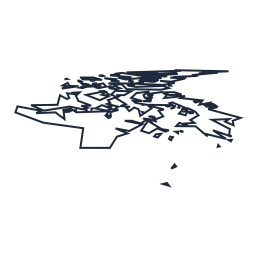 SVG path tracing the border of Nunavut
{"feature_id": "CAN-634", "entity_name": "Nunavut", "entity_type": "Territory", "adm_level": 1, "iso_a3": "CAN", "parent_name": "Canada", "parent_adm1": "", "projection": "equal_earth", "projection_center": [-85.605, 67.518], "detail": "fine", "context": "isolated", "style": "outline", "palette": "slate", "viewbox_px": 256, "rotation_deg": 0, "n_neighbors": 0, "source": "natural_earth", "source_scale": "10m", "svg_char_len": 5819}
<svg xmlns="http://www.w3.org/2000/svg" viewBox="0 0 256 256"><path d="M76.4,112.3L108.9,111.2L106.4,114.5L110.5,116.4L106.2,116.2L108.5,118.1L109.2,117.8L107.6,116.8L110.9,116.5L110.4,112.2L118.5,109.9L113.8,109.5L118.4,106.7L107.2,103.9L110.2,102.8L107.9,100.1L115.2,97.6L125.8,104.2L120.4,106.0L130.1,106.8L125.8,107.1L129.3,111.1L134.2,107.5L138.5,109.2L140.3,115.9L151.6,108.4L147.7,105.3L163.9,109.4L158.6,110.7L163.2,116.4L156.1,119.1L154.0,116.9L153.2,117.6L152.3,116.5L150.2,116.2L149.0,116.8L151.4,116.7L150.8,116.8L153.1,117.7L154.9,119.7L154.5,119.9L143.0,118.4L146.6,119.9L140.7,123.4L131.8,120.8L124.8,120.8L142.4,124.2L129.3,131.0L115.5,128.4L127.6,133.4L117.0,136.6L109.9,147.9L80.4,147.9L83.2,128.2L43.4,122.7L15.4,112.4L17.5,106.4L41.3,110.8L36.1,113.2L55.4,112.4L64.5,119.1L63.7,112.0L69.1,111.8L72.5,109.9L62.4,110.1L70.7,108.7L76.4,112.3ZM190.4,120.0L198.5,115.3L195.0,111.5L187.8,108.2L181.2,109.7L184.8,107.6L172.3,102.4L169.6,103.2L172.7,105.2L146.9,104.8L135.4,102.8L133.1,100.8L142.4,101.1L131.2,97.9L136.6,93.0L149.3,91.7L143.5,95.2L144.6,97.6L150.3,100.1L149.0,100.1L143.1,101.2L150.5,101.4L151.1,98.8L148.8,98.8L147.7,98.0L146.0,97.7L145.9,97.6L152.8,97.6L147.3,94.7L153.5,95.1L148.1,94.0L162.0,92.0L166.8,95.2L164.3,98.0L185.0,96.0L180.8,98.1L200.3,100.2L199.1,100.9L197.0,100.8L194.5,101.8L195.3,102.5L202.2,100.9L199.4,104.7L210.8,102.6L210.6,103.4L205.7,104.1L203.5,105.3L213.0,103.8L216.0,105.8L205.3,106.5L217.5,107.2L208.1,109.1L240.6,117.9L232.7,120.8L233.5,125.3L225.1,121.6L229.1,119.1L211.9,119.8L229.9,129.1L229.1,135.7L213.0,130.3L226.1,138.9L204.0,133.5L195.6,126.3L176.1,126.1L179.4,122.8L187.8,126.0L185.0,123.5L194.5,122.9L190.4,120.0ZM228.5,71.3L201.6,72.3L210.6,72.6L198.8,73.3L217.8,72.7L191.7,75.1L198.3,75.4L196.2,76.0L173.0,76.9L185.1,77.2L185.3,77.6L170.2,77.6L184.8,78.6L171.3,81.7L160.1,80.8L174.7,83.0L163.3,84.9L133.5,83.7L144.1,82.1L138.6,80.4L151.5,81.8L154.9,81.7L158.7,79.8L150.4,81.2L147.3,80.2L152.9,79.6L150.9,78.6L147.9,79.8L141.0,79.7L143.0,78.4L158.6,78.7L155.5,78.1L160.6,78.1L161.5,77.6L157.9,78.0L150.4,77.6L151.4,77.4L153.0,77.6L154.8,77.6L155.1,77.6L144.5,74.9L164.4,76.5L167.2,76.2L155.6,74.9L172.8,74.4L166.4,74.3L177.9,73.9L169.8,73.8L177.0,72.8L149.2,74.5L143.7,74.3L158.3,73.3L140.5,74.3L134.7,73.7L143.9,73.6L150.4,73.1L126.5,72.4L181.2,70.8L174.6,70.3L175.4,70.2L228.5,71.3ZM60.0,95.3L66.9,99.0L69.2,98.0L67.1,93.3L75.2,94.1L78.3,100.9L91.1,105.6L81.3,105.9L87.4,107.9L82.7,109.3L69.7,106.6L43.9,110.6L31.0,105.2L57.5,104.8L60.0,95.3ZM131.5,77.2L110.0,75.4L118.1,75.6L110.5,74.9L120.2,74.5L114.4,73.9L122.1,72.9L149.9,77.1L125.7,79.5L118.2,77.7L131.5,77.2ZM168.7,88.1L161.0,89.7L126.8,89.2L121.7,84.3L113.6,84.6L108.4,83.3L129.2,83.5L126.9,83.9L135.1,84.6L126.7,84.5L131.6,85.1L128.3,85.2L128.3,85.7L136.0,86.9L163.2,85.9L168.7,88.1ZM109.0,96.1L99.8,100.2L86.1,94.9L104.4,91.4L107.3,92.1L104.7,92.6L101.6,94.7L109.0,96.1ZM168.9,130.3L165.3,131.6L157.4,128.4L148.9,133.2L141.2,130.7L148.0,120.9L161.8,129.2L168.9,130.3ZM130.9,91.4L124.3,95.1L116.3,95.1L119.3,96.1L117.0,97.7L111.4,94.3L115.3,90.8L130.9,91.4ZM106.3,86.6L98.3,88.2L94.5,87.1L101.3,86.1L88.1,86.7L87.3,86.3L103.2,83.4L106.3,86.6ZM62.7,85.5L67.7,82.9L69.5,85.9L78.6,86.2L61.9,88.6L66.7,86.1L62.7,85.5ZM79.9,77.5L93.3,77.5L102.1,79.9L83.4,79.4L81.5,78.8L87.5,78.3L79.9,77.5ZM164.3,92.4L174.2,92.2L181.7,94.6L169.2,95.1L164.3,92.4ZM111.7,109.0L106.6,110.6L95.4,108.4L102.0,105.1L111.7,109.0ZM120.1,88.3L115.5,89.2L108.9,88.1L115.2,86.3L120.1,88.3ZM115.3,80.1L104.3,78.2L116.2,79.2L115.3,80.1ZM187.3,111.7L185.6,115.2L178.9,113.6L181.1,111.4L187.3,111.7ZM79.8,92.3L77.0,94.8L74.4,93.4L71.3,92.8L79.8,92.3ZM161.1,133.8L157.7,137.5L154.2,136.4L156.2,134.2L161.1,133.8ZM113.7,80.5L119.5,81.4L110.8,81.0L113.7,80.5ZM172.9,137.1L171.1,140.3L169.0,139.0L170.2,136.6L172.9,137.1ZM133.6,81.6L131.1,82.0L128.4,81.1L131.5,81.0L133.6,81.6ZM83.0,82.1L80.1,82.1L77.5,80.7L79.5,80.7L83.0,82.1ZM98.7,75.6L102.2,75.3L103.7,76.0L103.0,76.2L98.7,75.6ZM166.9,183.0L169.0,185.8L163.0,184.0L166.9,183.0ZM88.9,84.8L82.1,84.9L88.3,84.4L88.9,84.8ZM84.4,87.5L82.3,88.1L79.9,87.7L81.9,86.9L84.4,87.5ZM82.5,84.4L81.7,83.6L87.3,84.1L82.5,84.4ZM193.8,113.0L189.9,113.3L188.4,112.3L189.9,111.7L193.8,113.0ZM176.1,166.4L171.3,168.6L174.6,164.5L176.1,166.4ZM103.1,91.5L98.5,91.4L105.0,90.9L103.1,91.5ZM178.2,131.6L178.0,133.3L175.5,131.7L178.2,131.6ZM175.0,107.4L170.6,108.8L173.2,107.2L175.0,107.4ZM142.3,112.1L144.7,112.7L143.5,113.5L142.3,112.1ZM90.0,80.7L92.5,80.3L95.2,80.7L92.2,80.8L90.0,80.7ZM170.8,105.8L168.3,106.6L165.3,105.9L170.8,105.8ZM132.5,83.0L132.4,83.9L130.3,83.2L132.5,83.0ZM64.6,79.3L66.5,78.7L67.2,79.0L64.6,79.3ZM156.8,121.8L152.0,120.0L153.6,120.2L156.8,121.8ZM231.7,139.9L230.9,141.4L228.6,140.1L231.7,139.9ZM178.6,106.9L180.0,108.1L178.1,107.5L178.6,106.9ZM88.4,85.9L85.7,85.9L90.6,85.4L88.4,85.9ZM149.4,121.6L150.4,120.7L151.5,122.1L149.4,121.6ZM207.7,134.8L206.9,135.8L204.7,134.2L207.7,134.8ZM218.3,145.0L219.6,146.4L217.8,146.8L218.3,145.0ZM179.7,130.7L183.4,131.6L181.7,131.9L179.7,130.7ZM187.2,109.7L187.4,111.1L185.8,110.0L187.2,109.7ZM89.5,85.1L84.7,85.6L83.7,85.4L89.5,85.1ZM111.6,86.5L107.6,86.7L110.0,86.2L111.6,86.5ZM196.4,101.4L199.6,101.1L197.3,101.8L196.4,101.4ZM170.2,84.9L170.9,85.7L167.9,85.6L170.2,84.9ZM110.6,107.3L109.8,106.1L111.3,106.6L110.6,107.3ZM106.9,94.5L107.6,93.7L108.4,94.1L106.9,94.5ZM173.6,106.1L175.9,106.1L172.5,106.7L173.6,106.1ZM96.7,83.3L92.0,83.7L97.0,83.3L96.7,83.3ZM92.7,108.5L91.5,109.5L91.5,108.5L92.7,108.5ZM116.5,85.3L117.3,85.9L115.2,85.4L116.5,85.3ZM143.2,104.9L141.0,104.4L144.4,104.7L143.2,104.9ZM86.2,109.2L86.7,110.2L84.9,109.7L86.2,109.2ZM76.1,110.1L76.0,110.8L74.5,110.2L76.1,110.1ZM230.6,135.7L231.6,136.6L230.0,136.2L230.6,135.7ZM108.4,107.2L106.3,106.3L108.6,106.7L108.4,107.2Z" fill="none" stroke="#1e293b" stroke-width="2"/></svg>